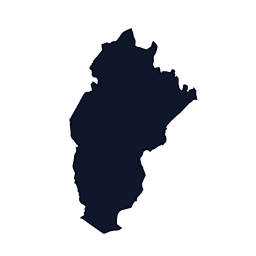 Constantin Daicoviciu, Caras-Severin, Romania, rotated 159°
{"feature_id": "2599482B96346820083333", "entity_name": "Constantin Daicoviciu", "entity_type": "district", "adm_level": 2, "iso_a3": "ROU", "parent_name": "Romania", "parent_adm1": "Caras-Severin", "projection": "albers", "projection_center": [22.174, 45.533], "detail": "fine", "context": "isolated", "style": "filled", "palette": "ink", "viewbox_px": 256, "rotation_deg": 159, "n_neighbors": 0, "source": "geoboundaries", "source_scale": "gbopen_adm2", "svg_char_len": 5758}
<svg xmlns="http://www.w3.org/2000/svg" viewBox="0 0 256 256"><g transform="rotate(159 128 128)"><path d="M139.9,199.1L141.2,198.4L141.6,197.9L142.0,196.9L141.4,196.2L140.5,195.6L140.4,195.3L140.5,194.8L140.6,194.3L141.0,194.2L141.0,193.1L141.1,192.7L141.2,192.3L141.9,191.2L142.0,190.8L142.1,190.3L142.0,189.6L141.9,189.2L141.7,188.5L141.1,188.1L140.4,187.7L139.9,187.5L139.3,187.1L139.0,186.7L138.6,186.1L138.5,185.3L138.2,183.9L138.3,183.3L138.9,182.0L139.9,180.3L140.2,179.5L140.9,179.1L141.1,178.9L141.3,178.5L141.4,178.4L141.5,178.4L141.9,179.5L142.1,179.5L142.6,180.8L143.0,181.1L143.1,181.4L143.2,182.0L143.4,182.2L143.9,182.8L144.2,183.1L144.4,182.7L145.5,182.4L145.8,181.9L146.6,181.7L146.8,180.8L146.8,180.4L146.8,179.2L147.2,176.9L147.3,176.4L147.3,175.7L148.1,175.1L148.3,174.8L149.0,175.2L149.8,175.3L150.1,175.3L150.4,175.0L150.7,174.9L150.8,174.7L151.1,174.9L151.4,174.8L151.7,175.0L151.9,175.2L152.4,175.5L153.8,175.8L154.3,175.9L155.4,175.8L156.5,175.1L158.1,173.9L158.6,173.3L161.3,171.2L164.3,168.5L166.7,166.6L167.9,165.5L168.0,165.3L168.5,164.8L169.3,164.3L170.2,163.8L170.4,163.4L172.1,162.0L175.9,159.0L177.1,157.8L178.1,157.0L178.7,156.9L179.1,156.4L179.0,156.0L179.0,155.8L179.2,155.6L179.3,155.1L179.5,154.0L179.4,153.5L179.5,153.4L179.6,153.1L179.8,152.7L179.8,152.4L179.9,152.2L179.8,151.9L180.2,151.9L180.2,151.7L180.4,151.7L180.3,151.3L180.5,151.1L180.7,150.5L181.4,148.0L181.8,146.4L182.0,145.9L182.3,144.3L182.8,143.1L183.5,141.6L183.6,140.2L183.5,138.3L183.3,137.9L183.3,137.7L182.9,136.8L182.7,136.7L182.5,136.3L182.1,135.8L182.2,135.6L182.3,135.1L182.3,134.8L181.8,133.6L181.8,133.3L181.5,132.4L181.2,132.0L181.2,131.1L180.1,130.3L180.0,130.0L180.2,129.5L180.4,129.3L180.7,128.7L181.6,127.6L182.2,127.4L183.2,127.8L183.3,127.2L183.5,126.8L183.5,125.5L183.7,125.1L184.4,124.1L184.7,123.9L185.2,123.2L186.3,122.5L187.1,121.7L188.4,119.6L188.5,119.3L188.6,118.7L189.7,117.1L189.9,116.3L190.3,116.0L192.2,113.1L192.8,111.8L193.1,110.5L193.1,108.0L192.8,106.8L193.1,106.3L192.9,105.0L193.0,104.2L194.1,103.1L194.4,101.8L195.1,101.4L195.5,101.0L195.7,100.3L195.7,98.9L195.5,98.3L195.8,97.3L196.4,96.7L196.9,96.0L196.9,95.6L196.1,94.6L195.9,93.8L196.2,92.5L196.2,91.7L196.0,89.3L196.1,88.7L196.5,88.2L196.8,87.5L196.9,86.9L196.5,85.9L196.5,84.6L196.6,83.9L197.2,83.3L197.4,82.9L196.8,81.6L198.1,79.8L198.4,78.9L198.7,78.0L198.7,76.6L198.4,75.5L198.0,74.6L196.3,72.5L195.4,70.9L194.6,69.9L196.8,67.8L197.1,67.2L197.3,65.4L197.4,65.2L198.2,64.8L198.8,64.5L199.1,64.1L199.2,62.9L199.4,62.4L199.8,62.0L200.6,61.5L201.2,61.3L202.8,61.3L204.0,61.1L204.4,61.1L203.3,60.5L202.3,59.7L200.0,56.0L188.6,39.0L188.0,38.5L187.2,38.5L184.5,38.5L182.1,38.7L177.3,37.8L174.4,36.8L173.0,36.7L170.4,37.1L173.3,41.6L173.2,43.3L171.9,46.6L169.7,50.7L167.2,53.1L163.8,54.3L153.8,53.1L151.2,55.7L148.7,57.5L147.5,57.8L146.4,57.4L145.6,59.3L144.7,60.4L142.0,61.5L138.6,63.5L136.4,65.3L136.4,66.9L136.2,69.3L135.1,71.9L129.1,77.9L128.9,81.2L129.0,84.9L128.6,86.5L129.4,88.1L128.3,95.5L126.8,96.6L124.9,97.7L123.8,99.0L122.4,101.0L119.7,101.5L117.2,101.2L115.7,98.6L111.6,100.2L111.3,99.5L109.7,99.8L106.5,100.7L105.8,100.9L104.5,100.8L104.2,100.9L103.9,100.8L103.2,101.2L103.2,101.6L102.4,101.1L101.5,100.1L99.4,102.1L99.1,101.4L98.2,102.0L97.5,102.6L96.5,104.9L96.6,105.8L96.9,106.3L96.3,106.5L96.3,106.8L96.9,107.5L96.4,108.1L96.4,108.6L96.6,108.7L96.7,109.1L96.6,109.5L96.9,110.3L96.7,110.8L96.4,110.8L95.7,110.3L95.4,110.3L95.1,110.9L95.1,111.1L95.4,111.1L95.6,111.3L95.3,111.8L94.7,112.1L94.8,112.5L94.6,112.8L94.3,112.9L94.0,113.3L93.6,113.7L92.9,113.4L92.7,113.8L92.8,114.3L92.7,114.9L92.6,115.9L92.0,116.3L88.9,118.0L88.7,118.1L87.8,118.5L84.7,120.1L81.2,121.5L76.4,123.4L74.1,124.0L61.2,130.2L60.2,130.0L57.2,131.5L54.0,130.8L54.0,130.5L53.9,130.4L53.6,130.4L53.1,134.4L52.8,135.5L52.4,136.9L51.9,137.9L51.6,138.1L52.4,141.3L52.5,141.4L53.1,140.2L55.0,140.9L56.9,140.9L58.9,139.5L60.1,139.9L60.6,142.1L60.2,143.0L59.0,143.1L57.9,145.7L58.4,146.7L58.7,146.7L59.4,147.1L59.4,147.6L60.5,147.8L61.5,145.8L62.2,144.8L63.1,143.6L63.7,143.2L64.9,143.4L65.9,144.3L65.8,145.1L66.4,146.7L66.1,148.2L65.8,151.0L63.7,156.2L64.4,158.4L65.8,158.1L66.3,158.1L66.6,158.6L66.7,159.4L66.5,160.0L66.2,160.4L65.8,160.6L65.4,161.0L65.4,162.2L65.5,162.4L65.4,162.5L65.5,162.8L65.5,163.0L65.9,163.5L65.2,163.5L64.9,163.7L65.6,164.2L65.5,164.4L64.5,164.4L64.3,164.6L64.7,165.3L65.0,165.9L66.0,166.3L67.2,165.0L68.0,164.5L68.5,163.9L70.1,165.1L71.3,165.9L72.3,166.6L72.7,166.6L72.8,166.5L73.3,167.1L74.5,167.4L75.0,167.8L76.1,167.5L77.4,166.6L78.2,166.6L78.1,169.3L78.3,169.9L78.1,170.2L78.1,170.8L78.0,171.2L77.8,171.9L77.5,171.9L77.6,173.1L79.4,173.5L81.2,173.6L82.0,173.8L82.4,174.9L82.4,175.3L82.6,176.7L82.7,178.2L81.4,180.3L80.7,181.1L79.1,185.7L78.0,186.8L76.3,187.9L73.7,191.0L71.9,193.7L72.0,194.9L72.8,197.9L73.6,199.2L75.2,197.6L76.6,195.4L77.5,195.0L80.1,194.5L81.3,194.2L82.5,193.7L86.6,197.0L87.9,198.3L90.2,199.5L92.1,201.5L92.4,202.0L92.4,202.6L90.9,205.5L90.4,207.0L90.3,207.9L90.4,208.8L90.4,209.7L90.6,210.6L89.8,215.6L89.9,218.0L89.7,219.3L93.6,219.2L97.6,218.7L100.0,217.7L103.1,215.5L106.3,213.5L107.3,213.0L108.3,212.8L109.0,212.8L110.3,213.4L111.2,213.5L111.8,213.7L112.0,213.3L112.2,213.2L112.5,213.1L113.1,213.3L113.4,213.1L113.8,212.7L114.2,212.7L114.5,212.6L114.8,212.8L115.1,213.2L115.5,213.2L116.8,213.9L116.9,214.2L116.9,214.5L117.3,214.8L117.7,214.6L118.1,214.6L118.5,214.5L119.0,214.7L122.2,214.9L122.3,214.4L122.7,213.5L123.2,211.0L123.5,209.8L123.5,209.5L125.0,208.6L129.2,206.3L130.1,205.7L131.4,205.0L132.2,204.6L132.3,204.7L133.6,203.9L135.9,202.5L136.0,202.4L136.2,202.1L136.8,201.5L136.9,201.1L137.3,200.9L137.6,200.7L138.2,200.7L138.5,200.1L139.2,199.1L139.9,199.1Z" fill="#0f172a" stroke="#020617" stroke-width="1.5"/></g></svg>